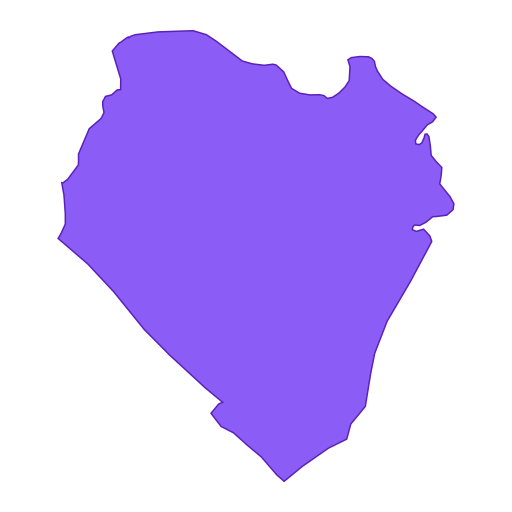 outline of B'hai, Grand Gedeh, Liberia
{"feature_id": "62588387B62156042060365", "entity_name": "B'hai", "entity_type": "district", "adm_level": 2, "iso_a3": "LBR", "parent_name": "Liberia", "parent_adm1": "Grand Gedeh", "projection": "albers", "projection_center": [-8.508, 6.351], "detail": "fine", "context": "isolated", "style": "filled", "palette": "violet", "viewbox_px": 512, "rotation_deg": 0, "n_neighbors": 0, "source": "geoboundaries", "source_scale": "gbopen_adm2", "svg_char_len": 1826}
<svg xmlns="http://www.w3.org/2000/svg" viewBox="0 0 512 512"><path d="M128.6,37.0L127.0,37.6L120.7,42.3L119.2,42.9L112.3,51.0L114.1,57.1L120.8,79.1L120.7,82.4L120.6,89.7L117.9,89.8L117.4,89.8L112.4,94.2L111.6,94.9L105.5,96.4L102.7,101.6L102.7,103.0L102.9,106.7L104.0,112.5L101.8,117.2L100.8,118.8L89.3,128.6L78.5,154.0L78.5,160.4L78.4,164.9L67.6,179.4L64.1,182.0L62.8,183.0L61.8,182.7L64.0,195.4L65.3,213.8L65.3,224.1L60.7,234.2L58.1,238.5L59.7,239.8L87.9,264.1L113.4,291.4L138.2,322.0L144.4,329.7L151.7,337.0L166.8,352.2L169.2,354.7L199.9,382.9L204.8,387.5L222.7,402.3L218.8,403.9L211.0,413.3L221.1,426.5L233.5,432.8L247.4,445.3L261.4,457.0L276.9,475.0L284.1,481.3L302.8,466.0L304.0,465.2L328.5,448.1L346.7,439.1L350.8,424.0L352.8,421.6L357.7,415.7L365.3,406.4L370.8,372.8L374.7,353.3L387.1,321.3L410.4,281.5L431.7,241.6L431.6,240.9L429.8,235.9L423.6,229.2L416.2,231.4L412.3,229.6L412.9,226.8L414.5,225.0L419.7,225.5L426.0,222.2L432.7,216.7L436.5,216.5L446.7,215.2L453.0,209.7L453.9,203.8L450.0,196.6L443.9,189.1L439.7,183.8L440.6,179.2L441.4,173.2L441.8,167.5L436.2,161.6L431.2,155.4L430.4,146.3L428.9,136.5L426.9,133.9L425.0,134.3L424.1,137.8L421.9,142.8L419.3,144.6L417.2,144.2L415.8,143.9L415.4,140.4L416.7,138.0L418.9,134.7L421.9,131.4L427.2,124.9L432.6,121.8L436.1,117.2L433.3,113.9L421.1,106.0L414.8,101.6L401.6,93.6L390.7,86.1L382.7,79.3L377.3,70.8L375.5,66.6L374.4,61.4L372.0,58.5L368.6,56.8L360.1,56.5L351.4,57.6L347.9,59.8L350.0,66.6L349.2,80.6L345.0,87.0L338.9,93.1L332.6,97.3L327.4,98.4L323.7,95.5L319.0,94.7L312.0,94.9L309.8,94.9L299.6,93.2L291.6,88.4L287.4,80.0L283.7,71.9L276.3,65.1L272.9,64.2L264.2,65.3L252.0,63.8L242.3,61.0L227.3,49.6L216.4,41.3L213.2,39.2L206.4,34.7L193.1,30.7L158.2,31.9L135.3,34.7L133.8,35.2L130.7,36.3L129.0,37.8L128.6,37.0Z" fill="#8b5cf6" stroke="#5b21b6" stroke-width="1.5"/></svg>